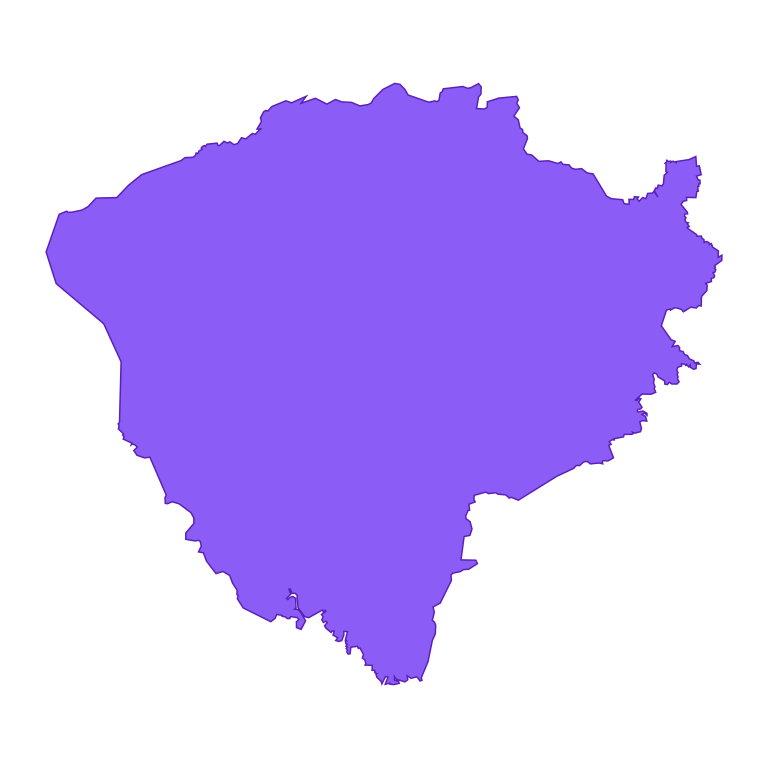 the district of Pampanga, Pampanga, Philippines
{"feature_id": "2640588B20595662599865", "entity_name": "Pampanga", "entity_type": "district", "adm_level": 2, "iso_a3": "PHL", "parent_name": "Philippines", "parent_adm1": "Pampanga", "projection": "albers", "projection_center": [120.654, 15.023], "detail": "fine", "context": "isolated", "style": "filled", "palette": "violet", "viewbox_px": 768, "rotation_deg": 0, "n_neighbors": 0, "source": "geoboundaries", "source_scale": "gbopen_adm2", "svg_char_len": 6101}
<svg xmlns="http://www.w3.org/2000/svg" viewBox="0 0 768 768"><path d="M270.8,621.7L275.1,618.4L276.7,614.5L282.1,615.3L282.2,616.4L285.4,616.8L287.2,618.6L289.8,618.5L290.6,616.6L297.2,617.6L298.9,619.5L296.4,621.8L296.5,627.6L301.1,629.4L305.6,620.8L300.1,611.5L297.6,609.5L294.6,609.1L296.0,608.0L295.6,598.3L292.9,596.5L289.9,597.4L287.9,599.6L286.5,598.5L290.8,594.1L288.8,589.2L290.3,589.0L292.1,593.4L295.0,593.3L297.0,595.0L298.0,607.5L304.7,616.6L308.6,617.7L322.7,609.9L323.2,612.1L325.4,610.4L325.8,611.4L321.4,614.5L323.1,616.8L321.8,619.9L323.5,622.5L325.6,621.3L327.3,622.6L324.5,625.7L325.8,628.0L331.1,632.5L332.1,631.0L334.2,631.2L333.0,635.1L337.7,637.8L335.7,640.5L338.9,641.5L341.8,640.5L343.9,634.8L343.8,631.3L347.5,631.7L345.5,639.4L346.6,640.8L345.4,640.7L345.8,643.7L347.3,644.3L346.0,646.2L347.4,647.1L346.2,648.6L347.6,650.0L346.7,651.7L348.0,654.0L350.0,653.9L350.9,647.2L357.5,646.3L358.3,648.4L360.0,648.0L363.5,654.6L362.3,658.0L364.9,660.0L365.8,663.7L365.1,665.1L372.3,665.4L372.0,670.2L374.8,670.5L374.8,672.6L376.8,673.5L375.9,674.2L376.9,677.3L381.2,681.5L381.9,683.8L385.5,676.6L388.0,677.1L385.2,684.3L389.8,683.2L389.8,684.1L393.5,684.6L399.2,683.4L398.6,681.4L394.5,680.2L394.4,676.6L396.3,679.2L404.9,681.9L407.8,679.8L407.1,675.8L411.0,678.3L416.9,676.8L420.1,681.0L422.0,680.3L421.3,677.7L428.0,661.7L432.3,640.6L435.3,633.9L435.7,625.4L434.5,622.1L432.3,620.2L434.3,612.3L433.1,606.9L440.2,603.1L451.4,580.5L451.0,575.1L452.7,573.2L460.5,571.5L463.5,569.6L468.8,569.2L477.4,563.6L475.8,560.2L461.0,559.9L464.1,536.5L469.9,535.4L472.0,529.0L470.1,521.7L466.1,518.7L465.7,516.0L468.1,510.4L469.6,510.2L468.9,504.3L475.2,501.9L473.8,499.4L474.3,495.3L485.7,492.1L488.5,493.6L495.9,492.7L498.0,494.2L505.8,494.9L509.3,498.1L511.3,497.3L518.3,500.2L556.7,476.3L573.6,468.4L576.3,465.5L579.6,465.6L583.8,461.8L587.4,461.5L590.4,463.9L598.9,463.0L602.8,463.8L602.2,461.5L603.1,460.7L608.0,460.9L613.5,457.8L608.7,445.3L611.1,444.4L609.3,441.6L612.1,439.8L614.2,439.9L613.9,438.8L623.5,436.9L624.2,434.4L631.7,434.3L633.1,433.7L632.5,432.3L635.1,433.1L640.4,431.7L641.5,428.6L639.8,421.9L642.3,420.6L646.8,421.1L645.5,416.4L641.9,414.5L644.3,413.0L647.0,415.2L646.9,413.3L643.0,411.0L638.0,411.9L637.1,411.1L637.8,409.5L640.7,408.9L642.0,407.3L638.7,402.1L640.9,398.8L639.4,398.2L636.5,400.6L635.5,400.0L642.0,394.1L651.1,394.2L655.7,392.3L654.2,388.5L655.0,386.7L653.5,383.0L654.2,379.2L652.6,374.5L654.3,372.9L656.8,374.1L658.0,376.9L664.6,380.9L664.9,384.1L667.3,384.6L669.3,382.3L671.9,384.0L677.0,384.0L679.1,381.8L677.5,378.8L678.1,376.8L677.1,374.4L678.0,372.8L676.8,370.2L677.7,367.3L681.6,366.0L681.5,363.8L684.8,364.2L685.9,365.5L686.5,364.5L688.9,367.0L690.1,364.9L690.6,367.5L693.6,369.2L696.0,368.6L696.5,363.7L699.6,364.2L698.0,362.3L694.5,363.0L693.8,360.8L689.4,358.9L687.4,355.5L684.6,354.6L683.1,351.6L679.5,350.6L679.6,347.6L678.0,345.5L672.2,346.6L675.2,341.3L671.2,339.8L661.3,325.8L666.5,310.0L670.3,309.1L670.5,310.1L674.5,307.8L676.9,308.0L681.4,309.4L683.4,311.8L690.7,307.2L696.3,308.0L698.5,305.6L701.2,306.0L701.5,296.5L706.9,290.5L707.2,285.2L705.7,283.4L711.4,281.5L711.3,278.4L713.9,277.7L714.6,276.0L713.1,272.5L714.9,272.1L715.8,269.5L714.5,268.3L715.4,267.1L714.6,265.7L721.8,260.4L721.9,255.2L718.2,257.3L718.4,250.9L712.7,247.2L711.4,243.6L709.3,244.5L708.9,242.5L706.4,241.5L704.1,242.5L704.0,239.7L701.8,238.0L701.4,236.1L697.0,236.2L696.6,234.6L687.5,228.2L687.2,227.3L689.2,226.6L687.4,223.8L688.3,222.8L686.0,222.4L684.9,219.8L686.0,217.6L684.5,216.1L684.8,214.1L687.6,213.8L687.2,212.0L681.0,204.4L683.4,201.2L686.7,200.5L686.5,197.4L695.9,197.6L696.8,191.4L698.2,191.2L697.7,186.6L698.9,186.4L698.7,184.1L700.1,183.8L699.9,180.1L698.3,180.1L696.5,176.1L701.2,174.7L699.3,165.8L696.6,166.3L695.8,156.5L689.0,159.6L676.0,161.6L676.2,162.6L673.0,161.2L670.6,162.5L670.6,161.1L668.2,161.5L666.4,159.8L667.0,161.6L665.0,163.3L666.1,164.0L665.9,171.6L667.3,172.4L664.2,175.3L663.4,184.0L661.8,185.8L658.2,185.1L657.1,188.4L655.7,188.0L654.3,190.5L657.9,197.1L654.0,191.4L652.3,193.1L647.7,193.4L645.8,198.7L642.7,197.5L639.2,201.2L637.2,199.1L638.5,197.0L634.4,196.7L633.6,199.5L629.0,199.3L629.1,204.3L624.1,203.7L622.7,199.7L611.4,198.7L606.5,196.1L593.1,173.9L587.1,172.9L581.6,168.6L575.5,169.3L571.6,168.1L568.9,164.8L563.0,164.4L560.9,161.9L557.9,163.5L548.7,160.8L538.8,161.3L531.6,154.9L527.0,154.2L523.4,148.8L527.5,138.6L527.1,135.8L522.9,132.5L522.6,129.6L520.0,127.8L518.3,119.8L513.9,116.1L519.5,107.7L516.7,103.3L518.3,99.9L516.6,96.4L498.8,98.1L487.4,101.8L487.1,107.5L484.2,109.0L476.5,108.5L478.6,96.9L480.9,94.2L481.2,86.8L478.5,83.6L470.9,87.7L467.6,88.3L462.9,86.5L443.3,88.8L442.1,91.8L440.2,93.0L439.0,100.3L436.8,101.6L434.9,100.9L428.8,102.2L408.1,95.0L404.8,89.3L400.0,84.4L394.8,83.4L382.8,89.5L373.8,98.5L371.1,103.1L368.0,104.6L359.9,105.9L351.5,102.4L341.8,101.9L335.5,99.5L326.9,104.1L315.4,98.3L301.1,103.2L306.2,96.3L291.5,102.8L285.9,100.8L271.9,106.5L267.7,111.1L265.6,110.5L263.6,111.8L260.5,117.7L261.4,121.6L257.0,129.1L260.5,128.9L255.2,134.3L252.4,133.5L245.7,138.9L241.5,137.7L237.6,143.5L234.1,144.7L229.7,141.8L227.4,143.0L224.0,141.3L219.4,145.6L217.9,145.3L217.1,143.1L207.0,144.2L205.4,146.4L204.3,145.6L202.3,146.6L201.2,148.0L202.1,149.4L199.1,150.9L197.8,153.6L196.2,153.0L195.2,155.7L192.8,157.3L185.1,157.6L181.0,160.6L141.7,174.6L128.6,185.2L116.8,197.6L96.1,198.1L88.0,206.7L81.9,210.1L71.9,212.2L68.0,212.3L66.7,211.2L59.2,214.3L46.1,252.0L56.2,283.6L103.7,323.7L121.1,361.8L119.5,422.4L118.1,423.9L119.0,425.4L118.4,428.9L123.6,434.0L122.6,435.1L124.1,436.9L123.2,439.1L132.0,443.1L131.2,444.9L132.4,444.1L135.2,445.0L137.3,447.2L133.8,450.5L136.9,455.2L144.5,457.9L149.9,457.2L166.3,495.2L165.0,497.5L165.3,503.4L167.7,503.7L172.2,501.7L179.2,503.9L190.9,512.6L193.8,517.9L193.9,523.4L185.8,533.0L185.8,539.3L194.7,540.9L198.8,540.4L200.2,541.4L201.3,546.1L198.5,551.9L203.4,552.8L206.5,561.1L216.0,573.6L223.0,571.5L229.7,575.5L232.6,583.2L237.1,590.2L236.9,594.6L238.2,595.3L237.4,598.8L243.2,607.9L270.8,621.7Z" fill="#8b5cf6" stroke="#5b21b6" stroke-width="1.5"/></svg>